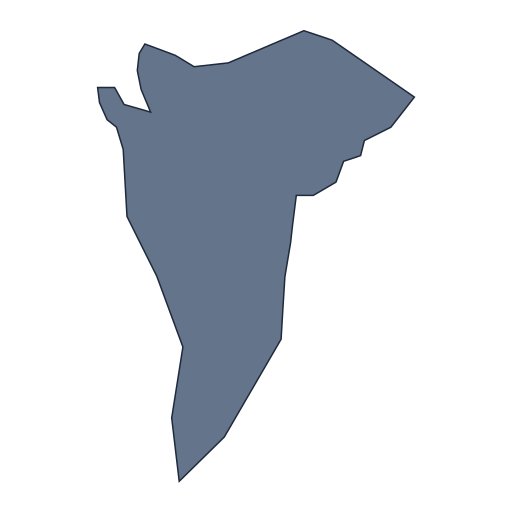 Ayawaso North Municipal, Greater Accra, Ghana
{"feature_id": "2480657B42813544323317", "entity_name": "Ayawaso North Municipal", "entity_type": "district", "adm_level": 2, "iso_a3": "GHA", "parent_name": "Ghana", "parent_adm1": "Greater Accra", "projection": "mercator", "projection_center": [-0.208, 5.595], "detail": "fine", "context": "isolated", "style": "filled", "palette": "slate", "viewbox_px": 512, "rotation_deg": 0, "n_neighbors": 0, "source": "geoboundaries", "source_scale": "gbopen_adm2", "svg_char_len": 562}
<svg xmlns="http://www.w3.org/2000/svg" viewBox="0 0 512 512"><path d="M107.1,119.7L116.5,127.2L123.2,149.4L127.0,216.5L156.8,276.2L182.9,347.0L171.7,417.9L179.2,481.3L224.3,437.0L281.1,339.2L283.0,307.0L284.9,276.7L290.6,242.7L292.5,225.6L296.3,195.4L313.3,195.4L336.0,182.1L343.6,161.3L360.6,155.6L364.4,140.5L390.9,127.2L414.4,97.1L332.2,40.2L303.9,30.7L228.2,62.9L194.1,66.7L175.2,55.3L144.9,44.0L139.2,53.4L137.3,70.5L141.1,89.4L150.6,112.1L124.1,104.5L114.6,87.5L97.6,87.5L99.5,102.6L107.1,119.7Z" fill="#64748b" stroke="#1e293b" stroke-width="1.5"/></svg>